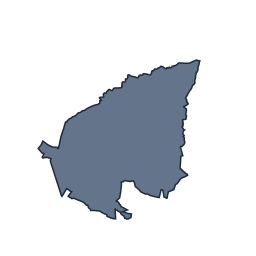 Gutu, Masvingo, Zimbabwe (Natural Earth projection), rotated 294°
{"feature_id": "62879985B73698916591345", "entity_name": "Gutu", "entity_type": "district", "adm_level": 2, "iso_a3": "ZWE", "parent_name": "Zimbabwe", "parent_adm1": "Masvingo", "projection": "natural_earth1", "projection_center": [31.544, -19.591], "detail": "fine", "context": "isolated", "style": "filled", "palette": "slate", "viewbox_px": 256, "rotation_deg": 294, "n_neighbors": 0, "source": "geoboundaries", "source_scale": "gbopen_adm2", "svg_char_len": 5741}
<svg xmlns="http://www.w3.org/2000/svg" viewBox="0 0 256 256"><g transform="rotate(294 128 128)"><path d="M218.5,166.4L218.2,164.8L218.0,163.5L217.8,162.7L217.4,162.5L216.3,161.3L212.0,157.5L211.0,155.4L209.0,150.0L208.5,149.2L208.4,148.6L208.2,148.2L207.7,147.6L206.9,147.3L206.3,147.2L205.0,146.5L202.5,143.5L202.4,143.7L202.1,143.4L201.1,143.2L200.3,142.6L200.2,142.4L200.3,141.2L200.3,140.9L200.0,140.7L199.4,140.5L199.2,140.4L199.0,140.0L199.1,139.4L198.8,139.0L198.4,138.8L197.8,138.9L197.5,138.7L197.5,138.4L197.5,137.7L198.1,134.6L197.8,132.9L197.5,132.7L196.8,132.6L196.5,132.5L196.1,132.2L194.5,130.7L193.6,130.4L193.4,130.2L193.3,129.9L193.0,129.5L192.9,128.5L192.2,128.2L191.5,128.1L190.6,127.9L190.3,127.0L190.0,126.8L189.4,126.7L188.7,126.8L188.4,126.8L188.0,127.2L187.6,127.1L186.9,127.1L185.7,126.9L185.3,126.5L185.2,126.2L185.1,124.8L184.8,122.9L184.1,120.4L183.9,120.0L183.6,119.8L182.5,119.8L182.1,119.6L181.9,119.2L181.5,117.7L181.2,117.4L180.6,116.9L180.0,116.8L178.0,116.7L177.8,116.6L177.6,116.0L177.6,113.9L177.1,112.4L177.2,111.9L177.2,111.7L176.7,110.7L176.8,109.2L176.6,108.6L177.0,108.0L177.0,107.6L176.9,107.0L176.7,106.6L175.8,106.4L175.0,106.7L174.5,107.1L174.0,107.2L173.0,107.3L172.7,107.2L172.5,106.9L171.9,105.9L171.6,105.8L170.6,106.3L170.2,106.4L169.1,106.8L168.8,106.5L168.4,105.9L168.1,104.9L167.7,104.2L167.2,104.1L166.6,104.4L166.0,104.6L165.2,104.7L164.9,104.9L164.8,105.4L164.6,105.5L164.1,105.6L163.9,105.2L163.7,105.2L162.6,105.7L162.2,105.7L161.9,105.3L161.6,104.6L161.4,104.1L161.1,103.9L160.9,103.7L160.5,102.4L159.5,100.6L159.4,100.0L159.0,99.6L158.8,99.1L158.5,98.9L158.3,99.0L157.5,98.8L157.2,98.5L156.9,98.6L156.5,98.5L156.0,98.4L155.8,98.2L155.5,97.2L155.7,95.3L155.6,95.1L155.2,94.9L155.0,94.6L154.2,94.4L153.7,94.4L152.9,93.9L152.4,93.8L152.1,93.9L151.6,93.9L150.9,93.7L150.6,93.5L150.5,93.0L150.6,92.6L150.4,92.3L149.6,91.8L149.1,91.7L148.8,91.7L147.9,92.3L147.6,92.4L146.9,93.1L146.5,93.1L146.3,92.9L146.0,92.4L145.2,91.1L144.7,90.0L144.3,89.7L144.0,89.6L143.8,89.6L143.5,90.0L143.4,90.4L143.3,90.9L143.0,91.3L142.8,92.3L142.6,92.5L142.4,92.5L142.2,92.4L141.7,91.8L141.4,91.2L139.4,92.0L139.1,92.0L138.8,91.9L138.2,91.3L137.6,91.2L137.3,91.0L137.1,90.8L137.0,90.4L135.5,88.6L135.4,88.2L134.5,87.5L133.3,86.3L133.2,86.0L132.9,85.7L132.1,85.4L131.4,84.4L130.8,84.0L129.9,83.3L129.5,83.1L129.2,82.7L128.4,82.3L127.3,81.5L126.3,81.1L125.9,80.6L125.4,79.5L125.1,79.2L124.4,79.0L122.9,78.1L122.4,77.6L121.5,76.4L120.7,76.0L119.0,75.5L118.0,75.0L117.0,74.2L116.8,74.1L115.5,72.6L115.0,72.5L114.0,72.0L112.9,71.1L112.4,70.5L112.2,70.4L111.5,70.4L111.0,70.3L110.2,69.5L109.1,69.8L108.7,69.7L108.4,69.0L108.1,68.5L104.0,69.0L101.9,69.4L98.2,69.7L93.7,70.2L93.1,70.2L83.6,72.3L83.0,72.3L80.9,72.5L80.9,71.8L81.5,71.0L80.0,67.1L80.0,62.1L81.4,55.5L77.2,55.5L72.7,54.3L70.2,59.6L70.4,61.6L66.3,61.6L66.0,62.4L66.0,62.6L66.7,63.2L68.4,66.6L68.6,70.2L66.6,70.3L65.7,70.9L39.1,94.7L38.7,95.5L47.5,96.6L47.2,97.3L47.7,98.6L46.9,100.0L46.8,102.5L44.6,101.8L41.3,101.1L40.9,103.4L40.8,105.1L40.6,105.6L41.8,106.8L41.9,112.7L42.0,112.8L42.1,116.4L42.0,117.9L41.5,119.3L40.7,120.9L40.6,121.8L41.1,122.7L39.0,124.4L38.6,126.3L37.5,127.5L38.9,130.6L40.6,135.7L40.1,139.4L40.1,144.0L38.8,144.7L38.9,146.8L38.8,149.2L39.2,150.0L39.1,151.2L40.0,153.6L48.6,149.2L48.4,151.1L48.0,152.6L47.8,155.9L47.1,155.9L46.4,157.1L45.9,160.1L44.2,161.8L44.6,162.3L44.2,163.8L45.1,165.3L46.2,166.1L47.3,167.1L50.9,166.1L49.9,162.4L49.3,157.1L52.9,160.8L53.4,153.6L54.6,152.5L54.7,151.3L55.7,150.4L56.4,149.1L56.6,146.9L60.7,148.8L61.0,148.7L65.8,147.5L73.0,145.3L75.8,143.9L76.0,144.1L76.3,144.5L76.5,144.7L76.5,145.0L76.7,145.3L77.2,145.3L77.7,145.7L78.1,146.2L78.7,146.2L78.8,146.6L78.8,147.0L79.2,148.9L80.2,152.3L80.3,152.5L80.3,152.3L81.9,154.1L80.8,156.0L77.5,158.4L76.2,163.1L74.9,165.5L74.7,170.9L75.6,172.1L75.4,175.9L76.4,181.8L77.2,184.8L85.1,183.3L85.4,185.1L79.6,189.0L79.8,190.7L79.4,191.4L79.8,192.2L81.6,191.8L81.7,191.7L86.1,190.9L90.3,194.9L95.6,194.4L97.3,195.6L103.0,196.7L103.4,196.9L104.4,197.7L107.1,200.2L109.0,201.7L110.0,200.7L109.9,200.1L110.2,198.3L110.5,198.0L110.3,197.6L110.8,196.9L110.9,196.4L110.9,195.7L111.5,195.1L111.5,194.4L112.0,193.8L112.1,192.5L112.3,191.9L117.0,190.3L123.7,187.8L125.0,189.3L130.8,184.5L131.4,184.0L132.2,183.6L133.2,184.9L133.6,185.1L133.9,185.1L134.2,185.0L134.4,185.3L135.7,185.9L137.9,185.8L139.8,184.3L142.1,183.3L142.6,181.9L143.8,182.5L144.8,180.6L146.9,179.9L148.1,179.9L149.3,180.5L149.3,179.5L151.0,176.8L151.3,176.9L151.5,177.3L151.9,177.3L151.9,177.2L152.1,177.1L152.5,177.3L152.8,177.3L153.6,176.9L153.7,176.7L153.8,176.3L153.9,176.2L154.2,176.2L154.3,176.6L154.5,176.6L155.2,176.2L155.7,175.7L156.1,175.7L156.7,175.1L157.5,174.7L157.9,174.8L158.4,175.4L158.8,176.4L159.5,177.3L163.0,176.5L163.2,176.2L163.4,175.5L163.5,175.3L165.7,174.8L166.5,174.4L167.9,174.3L168.4,174.0L169.0,173.7L169.3,173.3L169.6,171.0L169.9,170.5L170.2,170.2L170.4,170.3L171.4,171.4L171.7,171.6L172.4,172.2L172.9,172.1L174.0,173.1L174.5,172.9L174.9,172.9L175.0,172.4L175.4,172.1L175.5,171.9L175.5,171.6L175.4,171.1L175.5,170.8L175.8,170.8L176.0,171.0L176.4,170.4L176.6,170.4L177.0,170.6L177.4,170.5L177.8,169.7L178.4,169.0L178.6,168.4L179.4,168.4L180.8,168.7L181.5,168.6L182.4,168.9L182.8,168.9L183.1,168.7L183.8,168.8L184.8,168.9L186.1,169.2L187.0,169.2L187.2,169.3L187.8,169.4L188.6,169.7L189.3,169.7L189.9,169.9L190.8,169.9L192.0,169.7L193.5,169.8L194.1,170.0L195.1,170.7L196.0,170.8L196.5,170.7L198.6,169.6L200.5,169.4L201.7,169.2L202.1,169.1L203.0,168.5L204.1,168.4L204.9,168.2L206.4,167.9L206.7,168.0L207.3,168.4L208.6,168.3L210.6,167.9L211.6,167.3L212.1,167.2L212.9,167.2L214.9,167.0L217.1,166.4L218.5,166.4Z" fill="#64748b" stroke="#1e293b" stroke-width="1.5"/></g></svg>